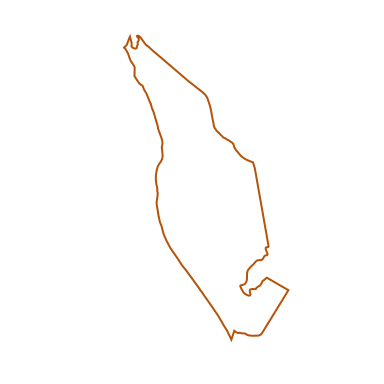 outline of Lukolela, Équateur, Democratic Republic of the Congo, rotated 301°
{"feature_id": "63176286B14204108243102", "entity_name": "Lukolela", "entity_type": "district", "adm_level": 2, "iso_a3": "COD", "parent_name": "Democratic Republic of the Congo", "parent_adm1": "Équateur", "projection": "robinson", "projection_center": [17.176, -1.278], "detail": "fine", "context": "isolated", "style": "outline", "palette": "amber", "viewbox_px": 384, "rotation_deg": 301, "n_neighbors": 0, "source": "geoboundaries", "source_scale": "gbopen_adm2", "svg_char_len": 3457}
<svg xmlns="http://www.w3.org/2000/svg" viewBox="0 0 384 384"><g transform="rotate(301 192 192)"><path d="M293.2,58.8L291.6,59.0L286.7,59.9L284.6,60.3L280.8,59.4L280.4,61.1L277.7,66.0L276.0,67.9L273.0,71.6L270.3,77.3L269.4,78.6L261.6,83.1L257.9,90.8L257.6,94.4L257.6,95.0L256.7,96.1L256.4,96.5L255.0,98.3L254.8,98.6L253.3,101.6L252.8,102.4L246.8,110.3L246.6,111.0L245.7,111.8L243.6,114.1L242.7,115.1L242.6,115.6L242.3,115.8L240.8,117.8L236.2,122.8L230.4,129.1L229.1,130.0L228.9,130.2L227.4,132.0L226.0,133.8L221.9,138.8L220.1,140.5L218.2,141.8L215.9,142.7L215.0,143.0L214.4,143.3L213.1,144.4L207.9,148.2L205.0,149.4L201.6,149.7L200.4,149.4L196.2,149.5L194.1,150.1L193.1,150.3L187.6,152.5L184.5,154.3L180.7,157.1L178.3,159.4L177.9,159.8L177.7,160.0L177.3,160.4L177.0,160.6L176.6,160.8L176.2,161.0L175.8,161.2L175.5,161.3L174.5,162.2L173.5,163.0L173.1,163.4L170.1,164.8L164.8,167.0L163.6,167.9L162.7,168.5L162.1,169.0L158.4,172.2L158.3,172.4L156.7,173.6L155.0,175.0L154.8,175.2L149.6,180.1L147.9,182.4L147.2,183.3L146.8,183.7L143.1,187.5L141.3,189.3L139.3,192.2L139.0,192.6L137.9,194.1L137.4,194.8L137.0,195.4L136.5,196.2L133.2,201.7L131.1,206.1L130.0,208.6L129.5,209.7L127.5,214.2L124.9,219.4L124.4,220.2L124.3,220.5L123.4,222.8L122.0,226.9L121.8,227.3L121.5,228.1L119.9,231.8L118.3,235.6L116.1,240.8L113.0,248.0L112.2,249.6L111.0,252.6L110.4,253.9L109.1,256.6L109.0,256.9L103.8,268.6L103.3,269.7L99.5,278.0L99.1,278.8L93.8,288.3L93.5,288.9L92.3,291.3L91.6,292.8L91.2,293.5L85.7,301.8L93.3,300.1L94.8,299.7L94.6,301.9L94.6,303.2L95.2,304.7L95.7,305.0L95.8,305.2L96.1,305.8L96.4,307.4L97.1,308.6L98.0,310.2L98.0,313.4L98.6,315.2L98.9,315.7L100.1,318.2L103.2,323.0L104.0,323.6L104.8,324.1L105.2,324.4L105.6,324.5L106.1,324.5L106.9,324.7L107.3,324.7L123.0,324.9L126.6,324.9L157.5,325.2L157.1,300.3L154.2,299.3L152.1,298.4L148.2,298.7L147.2,298.5L146.7,298.4L144.7,297.2L142.7,296.6L142.3,296.5L141.9,296.6L141.5,296.6L140.8,295.3L140.0,293.8L139.2,292.9L138.4,292.1L137.6,292.1L136.4,292.8L135.3,293.8L134.6,294.7L133.7,295.0L132.9,294.8L132.3,293.7L132.0,292.0L132.0,290.4L132.2,288.6L132.8,287.3L133.1,286.6L134.0,284.9L134.8,283.8L135.7,282.4L136.2,281.8L136.9,281.7L137.7,282.5L139.8,284.5L141.4,284.8L143.3,284.8L145.6,284.0L147.5,282.9L149.1,282.0L150.9,280.9L153.6,280.2L156.7,280.6L159.5,281.2L161.7,281.9L163.7,282.2L165.4,282.5L166.8,283.1L168.3,284.7L169.2,286.4L170.7,287.1L172.5,287.1L174.3,287.1L175.3,287.6L176.7,288.9L177.8,288.7L179.0,287.1L180.7,284.9L181.8,284.1L182.8,284.1L183.9,285.6L184.9,285.6L197.1,275.0L244.6,233.7L248.8,229.1L247.7,222.1L247.7,219.3L248.1,215.3L249.2,212.3L250.6,208.0L251.4,206.7L251.9,205.4L253.1,204.2L254.0,203.3L254.3,202.8L254.9,201.4L254.9,200.8L255.2,196.7L255.1,196.3L255.0,195.6L255.1,194.3L255.2,193.3L255.0,192.0L254.9,190.9L257.1,181.7L258.2,179.3L258.9,178.0L259.6,177.0L263.3,173.8L266.0,171.3L272.6,165.5L276.5,161.5L278.8,158.7L280.6,156.6L282.1,153.5L283.0,149.7L283.8,143.0L285.3,131.1L290.5,100.4L291.3,95.6L292.8,86.3L294.3,79.0L294.3,78.7L294.2,77.9L294.5,77.1L294.7,76.1L294.9,75.6L295.0,75.2L297.9,68.5L298.2,67.2L298.3,65.5L298.0,64.8L297.6,64.6L297.3,64.5L296.8,65.1L296.2,67.2L295.8,67.4L294.8,68.2L293.4,68.2L292.4,68.2L291.4,68.9L290.7,69.5L290.4,69.5L289.4,69.7L288.8,69.7L288.2,69.8L287.9,70.0L287.1,70.4L286.0,70.0L285.8,69.7L285.6,69.3L285.2,68.1L285.2,67.2L285.2,66.4L285.6,65.2L287.8,64.1L288.2,63.9L290.8,61.3L293.2,58.8Z" fill="none" stroke="#b45309" stroke-width="2"/></g></svg>